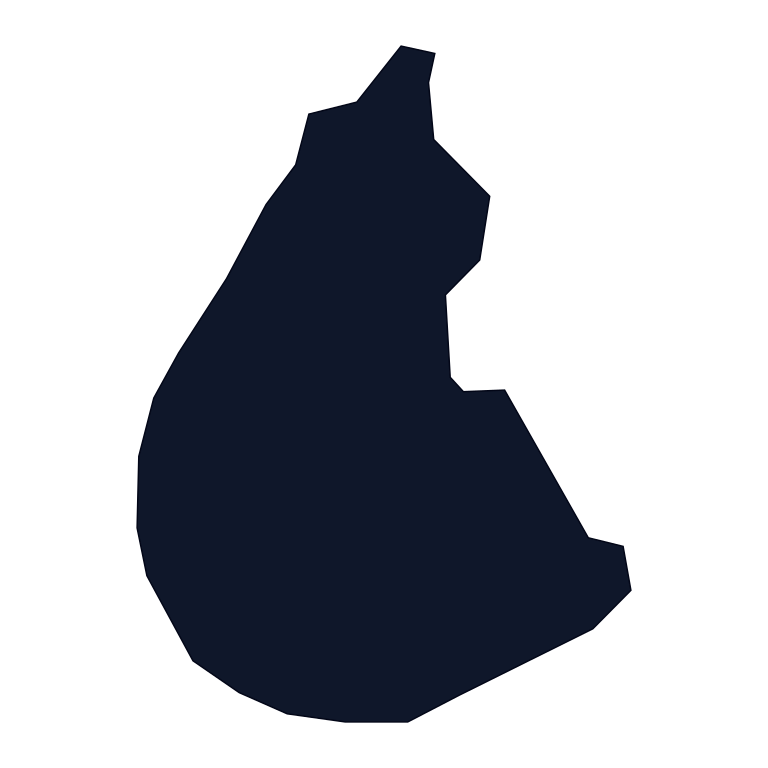 the border of Swindon
{"feature_id": "GBR-2756", "entity_name": "Swindon", "entity_type": "Unitary Authority", "adm_level": 1, "iso_a3": "GBR", "parent_name": "United Kingdom", "parent_adm1": "", "projection": "albers", "projection_center": [-1.714, 51.571], "detail": "fine", "context": "isolated", "style": "filled", "palette": "ink", "viewbox_px": 768, "rotation_deg": 0, "n_neighbors": 0, "source": "natural_earth", "source_scale": "10m", "svg_char_len": 512}
<svg xmlns="http://www.w3.org/2000/svg" viewBox="0 0 768 768"><path d="M401.1,46.1L434.8,53.5L428.5,82.6L433.7,139.5L489.7,196.3L479.7,260.0L445.4,294.9L450.2,377.3L463.4,391.7L504.6,390.1L588.3,537.8L623.1,546.4L630.9,590.3L592.8,628.8L528.4,660.8L459.0,695.3L407.8,721.9L345.0,721.9L287.2,713.8L239.2,692.6L193.0,660.8L146.9,575.7L137.1,527.9L138.8,456.3L153.8,398.0L178.6,353.0L226.5,278.7L266.1,204.5L295.7,164.8L308.9,114.1L356.8,102.1L401.1,46.1Z" fill="#0f172a" stroke="#020617" stroke-width="1.5"/></svg>